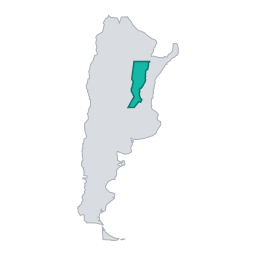 Santa Fe on a map of Argentina (Equal Earth projection)
{"feature_id": "ARG-1310", "entity_name": "Santa Fe", "entity_type": "Province", "adm_level": 1, "iso_a3": "ARG", "parent_name": "Argentina", "parent_adm1": "", "projection": "equal_earth", "projection_center": [-60.696, -31.191], "detail": "fine", "context": "in_parent", "style": "filled", "palette": "teal", "viewbox_px": 256, "rotation_deg": 0, "n_neighbors": 0, "source": "natural_earth", "source_scale": "10m", "svg_char_len": 6053}
<svg xmlns="http://www.w3.org/2000/svg" viewBox="0 0 256 256"><path d="M156.4,77.4L154.9,80.3L155.2,82.3L153.9,86.9L154.2,87.8L153.1,89.9L153.5,92.3L152.9,94.5L153.1,97.4L152.7,98.2L151.8,98.4L151.1,102.4L151.9,106.1L151.2,106.8L152.4,109.6L156.3,111.9L158.3,114.4L158.3,115.4L157.3,116.9L157.1,118.1L157.7,119.8L158.7,120.9L160.5,121.5L160.8,123.9L160.4,125.5L156.8,130.9L156.0,133.3L152.7,135.7L144.1,138.4L137.4,139.5L133.6,139.3L131.1,138.2L131.3,141.2L132.6,142.1L131.9,142.1L132.4,142.7L132.2,145.2L131.4,145.6L130.8,147.7L130.9,149.5L131.6,150.9L130.9,152.4L128.0,153.8L124.6,154.2L118.3,151.8L118.5,151.5L118.2,151.3L117.1,151.8L116.8,153.8L117.5,156.9L117.4,159.6L117.8,160.5L120.1,161.5L119.9,162.6L120.7,162.7L122.3,162.4L122.5,161.6L121.6,161.2L123.8,160.5L124.7,161.7L124.8,164.4L124.4,165.1L122.7,165.6L122.2,165.5L121.2,163.6L120.3,163.2L117.9,164.2L117.7,164.8L121.3,166.2L118.7,167.7L116.6,170.2L116.7,174.8L116.2,176.1L114.8,177.3L114.6,178.2L115.1,178.7L114.9,179.5L112.2,179.2L110.3,180.7L108.5,181.1L105.4,186.2L106.0,188.7L109.7,192.3L114.3,193.3L114.9,194.5L114.7,195.9L114.2,196.7L112.6,197.5L114.0,197.5L114.6,198.2L106.8,204.5L105.8,206.3L105.5,210.1L104.9,210.8L103.3,211.6L102.2,210.8L101.3,209.4L101.3,210.5L99.8,211.0L101.7,211.0L102.6,211.9L100.1,213.3L99.5,214.5L99.3,216.2L98.4,217.2L99.1,217.0L100.0,220.3L98.1,220.5L100.4,221.1L103.3,224.8L103.1,225.1L103.0,224.7L95.9,223.0L86.4,222.8L86.4,222.3L84.1,220.3L84.5,218.8L84.0,217.6L84.4,216.5L84.0,215.1L83.2,214.6L80.2,215.4L78.2,211.7L78.2,209.7L77.6,208.4L78.0,206.7L79.6,206.6L79.9,204.9L81.8,203.5L81.7,201.8L82.9,200.9L83.1,200.0L81.9,197.8L82.6,195.4L84.6,193.6L84.3,191.2L85.4,190.1L84.3,186.9L85.4,185.6L84.8,184.9L84.7,183.2L85.9,182.8L86.5,181.0L85.2,179.3L83.0,178.9L82.8,178.0L86.8,177.9L87.2,176.6L86.9,175.9L83.9,175.5L83.8,173.7L84.4,172.5L83.8,171.4L83.9,170.3L83.0,168.7L83.8,168.0L81.7,166.3L81.5,163.6L82.0,162.9L81.6,161.5L83.3,160.1L82.4,157.5L82.3,152.4L81.9,151.0L82.9,148.9L82.3,147.6L83.1,146.5L82.6,143.9L83.5,143.7L84.0,139.1L86.3,137.8L86.7,136.8L84.9,131.1L84.9,128.9L84.5,127.9L84.9,126.6L84.4,124.7L85.1,122.5L86.6,121.6L86.7,120.8L88.3,119.3L88.1,115.5L87.3,113.5L88.1,112.8L88.6,109.9L89.7,106.9L90.8,106.3L90.4,102.8L90.7,99.7L89.3,99.1L89.5,96.8L89.0,96.3L88.6,93.9L87.6,91.8L87.5,90.8L88.0,90.2L87.0,89.4L86.2,87.4L86.3,85.6L86.4,84.4L87.5,83.5L87.3,82.6L88.1,78.9L89.3,78.7L89.8,77.3L89.2,76.6L89.3,74.4L88.7,71.1L89.7,69.5L90.5,64.5L93.0,60.9L94.7,55.2L96.1,55.1L97.6,53.9L96.0,50.2L96.9,47.9L95.8,42.9L96.0,41.1L96.9,40.0L95.9,38.1L96.1,36.5L97.5,34.8L102.5,32.1L104.3,24.4L103.2,23.0L105.8,18.5L107.8,17.7L108.6,15.4L111.1,17.6L115.5,17.7L117.7,18.6L119.3,23.1L121.5,17.1L127.5,16.8L128.8,19.0L131.1,21.5L132.7,24.8L137.7,30.0L144.1,32.5L148.0,36.0L152.5,39.0L154.8,39.7L156.5,41.7L156.9,43.3L155.9,44.5L155.1,46.8L153.9,48.1L153.4,49.5L153.4,51.4L151.0,55.1L151.1,56.4L153.5,56.1L159.3,57.6L162.1,57.6L163.0,58.2L164.5,56.5L167.0,57.2L168.6,54.2L170.2,53.6L172.0,51.5L172.9,49.0L173.3,43.6L174.2,43.9L175.9,43.2L177.3,44.3L178.4,48.9L178.1,53.3L177.4,55.0L175.6,56.0L174.6,57.2L171.9,58.2L170.3,60.5L166.8,63.0L167.0,64.3L165.9,64.2L160.1,73.1L156.4,77.4ZM103.0,239.6L102.3,226.9L104.3,229.4L103.4,229.2L103.2,230.4L104.7,230.7L105.5,232.2L109.0,235.0L114.0,237.8L118.9,238.6L117.6,240.0L112.9,240.6L110.0,239.9L103.0,239.6ZM120.9,239.5L122.3,239.0L125.2,238.9L121.5,239.9L120.9,239.5ZM133.3,140.5L133.3,141.1L132.3,140.1L133.3,140.5Z" fill="#d9dde1" stroke="#a8b0b8" stroke-width="1"/><path d="M145.6,61.5L149.6,61.5L149.6,61.8L149.5,62.0L149.3,62.2L149.2,62.3L148.8,62.3L148.7,62.4L148.5,62.5L148.4,62.6L148.4,62.8L148.4,63.0L148.4,63.3L148.4,63.8L148.4,64.0L148.5,64.3L148.4,65.4L148.4,65.9L148.4,66.1L148.3,66.3L148.1,66.8L148.1,67.1L148.0,67.5L148.0,67.8L147.9,68.1L147.8,68.7L147.8,68.9L147.7,69.1L147.4,69.4L147.2,69.5L146.9,69.8L146.4,70.1L146.2,70.2L146.1,70.3L145.9,70.5L145.7,71.5L145.6,71.8L145.6,73.3L145.4,74.2L145.4,74.4L145.2,74.7L145.2,74.9L145.2,75.2L145.4,75.6L145.6,76.2L145.6,76.4L145.6,76.5L145.4,77.0L145.3,77.3L145.3,77.6L145.2,78.1L145.2,78.5L145.3,78.8L145.3,79.0L145.4,79.3L145.5,79.4L145.5,79.5L145.4,79.8L145.4,80.2L145.4,80.4L145.3,80.7L145.3,80.8L145.2,81.3L144.9,82.1L144.6,82.5L144.5,82.8L144.2,83.1L144.0,83.6L143.7,84.1L143.3,84.8L143.1,85.1L142.8,85.8L142.6,86.3L142.5,86.5L142.4,86.5L142.2,86.6L142.1,86.8L141.9,87.0L141.7,87.3L141.4,87.8L141.3,88.0L141.1,88.1L140.9,88.3L140.7,88.3L140.3,88.3L140.2,88.3L139.9,88.4L139.8,88.5L139.8,88.8L139.7,89.1L139.7,89.4L139.7,89.5L139.5,89.8L139.4,90.1L139.5,90.3L139.5,90.5L139.7,90.8L139.8,91.0L139.7,91.1L139.6,91.5L139.6,92.2L139.6,92.3L139.5,92.5L139.4,92.9L139.4,93.0L139.4,93.6L139.4,93.8L139.2,94.4L139.2,94.5L139.2,94.8L139.4,95.1L139.5,95.2L139.5,95.4L139.6,96.0L139.6,96.3L139.7,96.5L140.0,97.2L140.1,97.4L140.1,97.5L140.3,98.0L140.7,98.5L141.0,98.8L141.3,98.9L141.4,99.1L141.5,99.2L141.6,99.4L141.7,99.5L141.8,99.6L141.8,99.8L141.7,100.0L141.4,100.3L141.5,100.5L141.4,100.6L141.1,100.9L141.1,101.0L141.1,101.3L141.0,101.5L140.8,102.0L140.6,102.2L140.4,102.2L140.2,102.2L140.0,101.9L139.7,101.8L139.7,101.7L139.2,101.7L138.9,101.6L138.7,101.6L138.4,101.7L138.3,101.8L138.3,102.2L138.2,102.5L137.2,103.7L135.9,105.2L134.2,107.4L133.9,107.4L131.1,107.4L128.1,107.5L130.2,103.6L131.8,100.6L133.0,98.5L133.2,98.2L133.3,98.2L133.3,98.3L133.4,98.2L133.5,98.2L133.8,97.9L133.8,97.7L133.9,97.3L133.9,96.9L134.0,96.6L134.0,96.4L134.0,96.2L133.9,96.2L133.7,95.9L133.6,95.7L133.5,95.4L133.4,95.3L133.2,95.2L133.3,94.9L133.3,94.7L133.2,94.6L133.1,94.4L133.1,94.2L133.0,93.8L132.9,93.7L132.5,93.3L132.4,93.0L132.3,92.9L132.2,92.3L132.1,92.2L131.9,92.0L131.6,91.8L131.5,91.7L131.4,91.5L131.4,90.9L131.4,90.7L131.5,90.5L131.6,90.3L131.6,90.2L131.4,89.9L131.3,89.4L131.4,89.0L131.4,88.9L131.3,88.6L131.3,88.4L131.6,88.2L131.8,87.9L131.9,87.7L133.2,81.8L133.3,81.4L133.0,80.9L131.8,79.4L131.8,79.1L132.0,77.2L132.5,73.6L132.7,71.7L133.2,68.2L133.7,64.1L134.0,61.5L139.3,61.5L143.2,61.5L145.6,61.5Z" fill="#14b8a6" stroke="#0f766e" stroke-width="1.5"/></svg>